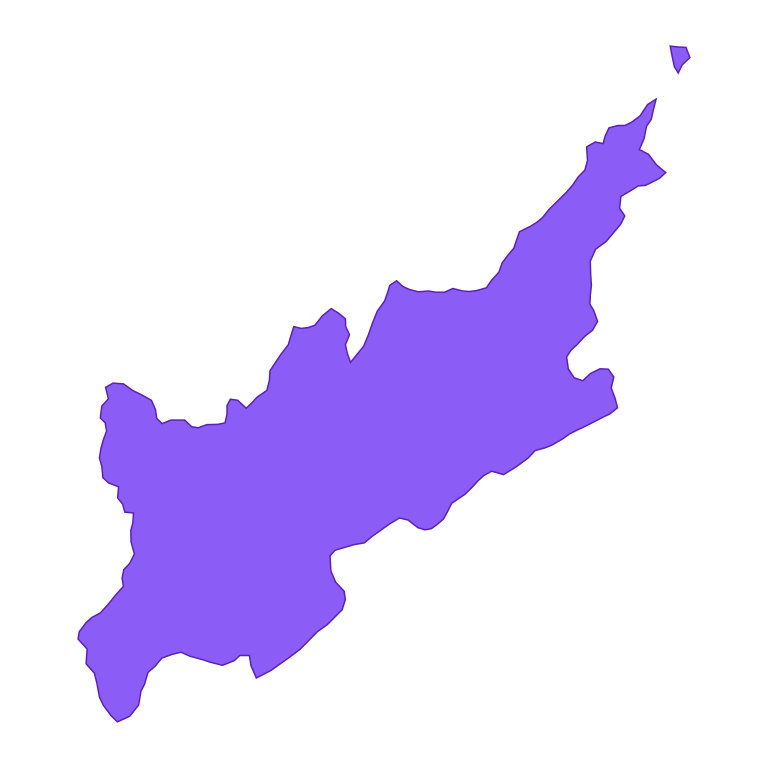 Chiador, Minas Gerais, Brazil
{"feature_id": "56859067B35300029306499", "entity_name": "Chiador", "entity_type": "district", "adm_level": 2, "iso_a3": "BRA", "parent_name": "Brazil", "parent_adm1": "Minas Gerais", "projection": "natural_earth1", "projection_center": [-43.014, -21.98], "detail": "fine", "context": "isolated", "style": "filled", "palette": "violet", "viewbox_px": 768, "rotation_deg": 0, "n_neighbors": 0, "source": "geoboundaries", "source_scale": "gbopen_adm2", "svg_char_len": 3076}
<svg xmlns="http://www.w3.org/2000/svg" viewBox="0 0 768 768"><path d="M656.1,99.1L647.5,104.6L640.2,115.8L631.3,122.4L624.8,125.5L617.8,125.5L609.0,127.9L605.1,136.2L603.1,143.6L595.2,142.0L586.6,146.9L587.5,160.5L584.8,170.2L578.3,176.8L572.8,184.9L566.3,192.4L557.6,201.0L549.0,209.5L542.5,217.6L536.3,222.7L529.7,226.7L519.5,231.7L516.3,240.8L513.9,248.1L508.1,255.0L502.2,262.8L498.9,272.2L491.5,280.3L486.4,287.8L476.5,290.6L469.3,291.5L462.7,291.0L452.8,288.5L444.5,292.2L435.5,292.2L428.6,291.0L418.3,291.8L409.3,289.4L402.9,286.6L396.6,280.8L389.8,285.3L387.6,292.6L384.5,301.2L377.3,311.1L372.5,323.0L368.4,334.8L363.6,346.3L356.6,354.9L350.5,362.4L347.4,353.6L345.4,344.7L349.5,334.8L345.7,326.6L345.4,318.8L338.5,313.1L331.2,308.6L322.3,315.9L314.8,325.3L308.1,327.6L301.0,328.4L293.8,326.6L291.4,334.1L288.3,344.7L280.8,354.5L274.2,364.4L270.0,370.8L269.4,380.4L266.8,390.5L257.3,397.0L251.8,402.9L246.2,408.2L237.7,400.3L230.4,399.2L227.0,405.6L227.0,414.4L225.0,422.9L217.6,424.4L206.8,424.6L198.1,427.8L191.6,426.7L184.7,420.1L171.0,420.1L162.0,423.6L156.8,418.4L155.4,409.3L151.4,400.3L142.7,395.4L132.8,390.5L123.5,383.9L113.1,383.1L105.6,387.3L108.4,398.8L101.8,406.1L100.3,417.9L105.2,422.9L106.6,431.1L103.4,439.6L101.0,448.2L99.4,457.8L101.8,466.3L102.9,477.7L108.7,483.0L118.6,486.8L117.6,497.9L122.5,503.9L124.9,512.2L133.5,513.0L132.8,523.2L130.8,530.3L131.1,542.1L134.4,554.0L129.7,563.4L123.8,569.5L122.1,578.1L123.4,586.4L115.3,595.4L108.0,604.5L100.4,612.9L91.9,617.4L86.0,622.8L79.2,631.8L78.1,639.1L87.1,649.0L86.1,663.8L94.4,673.2L97.0,683.8L99.5,697.3L103.5,705.5L111.1,715.7L117.3,721.9L129.8,716.2L138.6,705.0L141.0,691.1L144.5,684.3L148.0,672.4L154.8,666.5L161.8,658.1L172.0,654.4L180.9,652.2L190.2,656.3L203.7,660.0L209.9,662.1L222.5,665.3L234.0,660.8L239.8,655.5L249.4,655.5L251.0,665.7L256.3,678.0L271.1,670.4L278.0,665.4L287.5,658.7L294.5,653.5L300.0,649.3L307.2,642.1L317.2,631.8L327.2,624.7L342.2,609.7L345.4,599.4L344.1,591.2L335.7,582.3L330.9,571.1L330.0,555.9L335.1,550.2L354.2,544.6L364.3,542.9L372.2,536.3L389.5,524.0L399.4,518.0L408.0,520.0L417.9,527.7L424.9,529.8L431.3,528.7L437.5,524.2L443.4,519.1L447.5,511.7L451.7,503.3L459.6,497.9L465.1,494.2L473.0,486.4L478.2,480.6L483.6,475.7L491.6,471.2L503.6,474.6L516.3,466.7L528.0,458.1L535.2,450.5L545.0,447.9L552.1,445.0L562.8,438.8L569.4,434.0L576.9,430.2L584.8,426.5L596.6,420.5L603.7,416.8L609.9,413.9L617.5,407.8L615.1,398.4L611.2,388.1L613.8,377.0L608.3,369.2L600.0,368.8L590.6,373.4L582.8,380.7L574.2,377.8L568.3,368.8L566.6,356.9L571.1,350.1L576.9,344.7L584.6,336.5L592.5,330.3L597.6,321.4L593.8,310.7L589.9,304.1L590.3,295.5L591.4,285.3L590.7,275.1L590.3,261.2L595.6,249.2L606.2,241.4L613.4,232.9L620.6,224.3L624.8,216.0L619.6,208.2L620.9,196.4L630.6,190.7L638.2,185.9L645.5,185.4L652.3,182.0L659.3,178.4L665.7,172.6L656.4,164.8L648.5,154.3L639.3,149.6L644.1,138.6L646.5,126.3L651.2,119.5L653.4,109.9L656.1,99.1ZM670.2,46.1L672.3,57.1L674.4,66.7L678.2,73.0L682.2,64.9L689.9,57.6L686.0,47.4L678.1,47.0L670.2,46.1Z" fill="#8b5cf6" stroke="#5b21b6" stroke-width="1.5"/></svg>